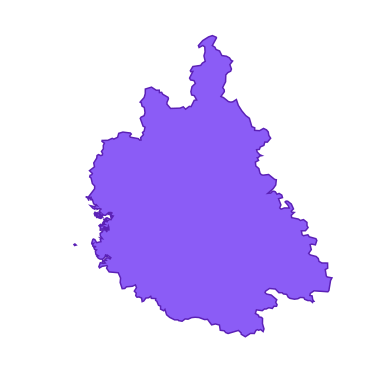 outline of Guangxi, rotated 81°
{"feature_id": "CHN-1152", "entity_name": "Guangxi", "entity_type": "Autonomous Region", "adm_level": 1, "iso_a3": "CHN", "parent_name": "China", "parent_adm1": "", "projection": "robinson", "projection_center": [108.679, 23.706], "detail": "fine", "context": "isolated", "style": "filled", "palette": "violet", "viewbox_px": 384, "rotation_deg": 81, "n_neighbors": 0, "source": "natural_earth", "source_scale": "10m", "svg_char_len": 6056}
<svg xmlns="http://www.w3.org/2000/svg" viewBox="0 0 384 384"><g transform="rotate(81 192 192)"><path d="M87.6,222.8L83.0,222.0L82.1,215.6L85.9,211.4L86.3,208.4L88.7,208.6L88.8,206.4L90.9,205.6L94.8,200.8L96.3,200.7L99.5,202.7L101.3,203.0L106.1,200.1L107.3,190.7L106.5,187.3L109.2,185.4L107.0,181.3L107.5,179.5L101.8,175.5L101.8,173.0L97.2,174.7L96.1,177.2L92.7,177.4L87.9,175.5L85.3,171.7L82.3,172.6L81.1,175.9L79.1,176.6L73.1,172.3L73.0,174.4L72.0,174.7L68.2,171.5L68.3,163.6L66.3,161.6L65.0,158.5L59.4,158.9L55.7,157.2L50.7,156.7L49.0,158.4L50.4,162.4L48.4,162.8L44.1,157.7L41.4,151.4L40.7,147.4L42.9,143.9L43.6,143.7L50.5,149.0L52.6,146.7L55.0,146.0L57.0,142.7L61.9,141.2L63.3,136.7L65.4,134.0L68.0,132.8L69.0,131.4L72.1,134.7L76.7,133.8L78.7,134.9L79.7,138.0L81.7,140.3L88.4,141.6L93.6,145.4L96.2,144.2L98.0,144.4L102.2,148.5L103.7,146.1L108.4,141.9L109.3,139.7L109.3,137.6L107.6,133.7L113.7,132.7L119.7,130.1L124.9,127.0L128.1,123.8L136.8,122.7L138.4,120.0L140.9,120.5L142.0,115.7L140.4,111.4L142.3,108.7L144.6,107.3L148.1,107.3L151.2,105.9L154.5,109.7L154.1,112.3L157.2,113.7L158.2,117.5L160.5,118.8L160.3,121.6L162.5,121.4L165.7,119.3L167.0,117.3L167.1,119.7L168.3,120.9L168.4,122.2L171.2,121.3L172.4,124.7L176.3,124.9L179.3,122.3L184.0,121.9L185.7,120.9L186.5,119.3L186.7,113.6L192.5,108.4L193.1,106.8L198.2,108.2L201.4,111.3L205.2,117.4L205.4,114.5L204.0,112.5L204.0,111.0L204.8,109.7L207.5,108.4L207.0,106.2L209.1,103.8L211.7,103.5L212.2,107.6L218.7,106.2L221.4,107.9L222.9,106.6L222.2,103.4L223.0,98.5L220.4,99.1L216.4,101.6L215.7,100.5L216.1,98.9L219.4,95.8L224.6,94.4L226.4,97.0L227.5,96.6L228.2,94.2L230.4,97.5L232.9,97.6L235.4,91.1L237.1,89.4L236.7,86.2L240.0,83.2L243.2,83.7L245.3,82.9L248.0,86.0L247.5,90.1L251.5,89.9L252.6,88.8L252.4,84.2L254.6,83.2L257.5,76.9L259.4,76.3L263.5,78.4L262.2,81.9L262.4,83.6L267.6,83.2L270.9,86.4L272.6,85.1L275.1,79.5L277.4,77.7L280.4,77.4L282.4,74.9L283.4,69.2L288.5,69.9L289.4,72.5L296.0,72.5L297.1,71.7L298.7,67.2L301.1,69.0L310.7,72.2L311.8,73.4L308.7,86.9L310.6,91.0L312.6,91.8L313.4,89.6L317.2,89.6L319.0,88.7L318.9,89.7L319.9,90.2L317.8,92.0L317.4,94.5L315.6,97.5L313.8,98.1L313.1,101.7L314.0,104.1L313.9,107.6L312.4,111.8L311.0,113.4L307.9,114.5L307.0,117.7L305.6,118.7L305.1,121.9L300.9,124.8L299.4,130.6L301.4,134.8L302.8,135.6L304.4,134.4L306.2,129.8L311.7,125.1L313.9,126.6L316.7,125.6L318.1,126.4L317.7,129.0L319.6,130.9L318.3,134.2L319.2,137.2L318.8,138.6L320.2,141.2L318.5,146.8L321.9,148.4L324.1,145.6L325.8,145.4L326.7,143.0L327.9,142.1L333.1,143.0L338.5,142.3L341.0,143.6L338.6,145.7L339.0,147.8L338.2,148.9L338.6,150.4L341.5,152.6L340.8,156.4L343.3,162.0L340.2,165.6L338.7,165.6L336.0,167.8L337.4,178.5L336.1,180.7L334.1,181.9L333.0,185.7L327.7,185.7L326.0,189.5L326.3,193.4L320.2,196.6L320.0,199.5L317.1,204.7L316.2,208.5L316.0,212.1L317.0,215.8L316.3,218.6L318.1,222.0L316.9,225.4L316.0,226.0L315.6,229.1L312.4,233.6L309.3,236.3L303.7,237.1L304.9,238.5L302.8,241.4L299.8,240.9L298.6,242.8L294.5,243.8L293.3,244.9L291.6,244.5L290.7,248.8L288.6,249.1L289.7,251.4L289.5,254.1L292.1,256.7L292.5,258.4L288.9,258.4L287.4,260.7L287.3,262.8L285.6,263.8L283.2,262.9L280.9,264.5L277.8,261.8L274.9,262.4L275.8,265.7L275.4,271.6L276.8,273.5L276.6,276.1L270.2,277.1L265.8,276.0L260.2,277.5L258.0,286.3L253.9,288.3L252.0,287.1L251.3,287.6L251.4,292.4L252.5,295.2L251.2,295.7L247.5,293.6L248.6,291.0L248.6,288.8L247.0,289.8L246.9,291.4L245.8,291.0L246.1,287.5L244.9,288.4L243.9,286.6L243.9,284.9L245.3,283.4L244.2,282.4L241.2,285.3L241.7,285.9L241.2,286.2L242.3,285.9L242.3,286.8L240.0,286.9L242.7,288.2L244.4,290.7L243.9,293.3L242.7,294.9L240.4,296.1L240.3,294.6L238.4,296.7L235.2,296.7L234.3,295.4L233.4,297.2L231.2,297.7L231.0,295.2L230.0,298.4L228.3,298.4L227.4,297.4L227.6,299.0L226.9,299.1L223.4,297.4L223.0,296.8L223.8,295.4L227.1,294.1L226.8,289.7L224.5,290.0L224.0,289.1L223.2,289.7L224.0,287.8L221.1,289.4L218.5,289.2L217.2,286.6L215.5,285.9L215.9,283.4L218.3,282.1L216.1,282.7L216.4,280.5L215.3,281.0L215.8,279.9L213.4,279.7L212.5,279.9L214.2,280.5L213.9,281.5L214.6,281.3L215.1,283.1L214.0,284.5L213.6,282.5L212.5,284.0L214.7,285.9L214.2,287.8L215.8,287.8L215.3,288.7L212.8,288.0L210.8,289.1L211.1,289.7L209.7,287.5L210.6,287.0L211.4,287.5L211.4,285.6L210.8,286.6L209.8,285.8L210.3,283.1L208.6,285.0L207.2,283.7L208.6,283.4L207.1,282.8L208.4,279.9L207.5,280.8L207.0,279.6L206.7,281.8L205.9,281.1L206.4,283.1L205.1,283.4L205.6,281.1L204.5,281.4L204.1,280.0L206.7,276.4L205.1,275.1L204.8,276.0L203.7,276.1L204.2,273.5L204.0,274.1L203.4,273.5L202.3,275.7L201.5,275.4L202.0,276.4L200.6,277.0L200.9,278.0L199.8,277.7L200.4,273.8L199.6,275.1L199.2,277.5L201.5,281.1L200.9,283.4L199.8,283.4L201.5,284.3L200.4,285.3L201.5,285.6L201.5,286.6L202.1,284.6L202.6,284.3L202.0,286.6L203.4,285.3L203.9,286.2L203.1,287.9L201.7,287.8L202.6,288.5L202.0,290.1L200.5,290.7L200.8,289.5L201.5,289.7L200.9,288.8L199.8,290.1L200.1,291.6L198.0,291.9L196.8,291.0L197.5,289.9L198.5,290.7L199.0,288.8L197.9,288.5L200.1,286.6L197.6,286.9L198.2,285.3L196.7,286.5L194.7,285.3L194.9,284.0L193.7,286.1L194.3,288.5L193.5,288.5L192.9,290.4L193.8,290.7L192.6,292.4L189.6,294.5L191.3,290.4L190.3,288.7L190.7,287.8L189.6,288.5L189.4,287.9L189.6,289.7L188.2,291.0L183.8,291.6L184.0,292.8L180.8,292.3L182.7,293.6L181.6,294.2L182.0,295.2L184.4,295.2L181.8,295.9L180.0,297.7L180.8,295.2L173.6,287.7L170.9,287.2L168.0,289.1L162.4,289.5L161.1,290.7L159.5,290.0L159.3,288.4L158.1,287.5L154.9,289.9L151.9,284.4L147.9,284.5L143.6,280.8L141.1,280.1L140.4,278.5L141.8,276.3L141.4,274.7L139.8,274.3L137.8,275.1L135.5,272.8L132.2,272.4L130.1,270.9L127.9,273.0L127.0,272.7L127.8,267.0L126.5,262.4L127.5,260.9L126.3,256.9L122.6,255.2L122.0,250.9L124.1,243.6L125.3,242.9L126.9,244.8L128.2,244.3L130.9,236.7L132.7,235.4L132.7,234.2L130.3,234.2L127.8,231.0L125.5,231.6L124.3,229.7L120.6,228.3L119.4,230.0L111.2,231.6L110.1,230.6L109.1,227.3L106.3,226.0L101.0,225.9L99.4,227.9L96.0,228.1L95.1,229.2L91.2,224.5L87.6,222.8ZM225.4,316.8L225.0,315.8L226.3,314.7L226.5,316.3L225.4,316.8Z" fill="#8b5cf6" stroke="#5b21b6" stroke-width="1.5"/></g></svg>